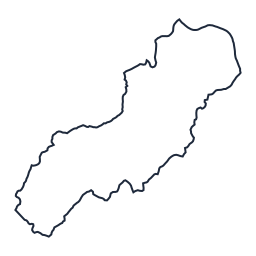 Cafelândia, São Paulo, Brazil (Robinson projection)
{"feature_id": "56859067B56481276286915", "entity_name": "Cafelândia", "entity_type": "district", "adm_level": 2, "iso_a3": "BRA", "parent_name": "Brazil", "parent_adm1": "São Paulo", "projection": "robinson", "projection_center": [-49.562, -21.732], "detail": "fine", "context": "isolated", "style": "outline", "palette": "slate", "viewbox_px": 256, "rotation_deg": 0, "n_neighbors": 0, "source": "geoboundaries", "source_scale": "gbopen_adm2", "svg_char_len": 4456}
<svg xmlns="http://www.w3.org/2000/svg" viewBox="0 0 256 256"><path d="M240.1,68.8L238.8,65.8L237.9,63.4L236.9,60.7L235.8,58.4L235.4,56.7L235.0,54.1L234.9,51.3L234.7,49.6L234.4,47.7L234.0,45.2L233.7,43.1L232.9,41.0L232.6,39.3L232.0,37.7L230.8,35.5L229.7,33.8L227.6,31.7L226.4,30.8L225.2,30.2L222.9,29.1L220.1,28.1L217.1,26.9L215.6,26.5L212.5,25.4L209.5,25.1L207.7,25.3L205.4,26.5L203.9,27.0L201.6,27.8L198.3,29.5L196.9,29.9L195.0,30.0L193.1,29.9L191.2,29.3L189.1,28.2L187.6,27.3L185.1,25.3L183.7,24.0L182.1,22.8L181.0,21.6L179.3,19.4L177.3,20.8L175.7,22.6L174.2,24.5L173.6,26.1L173.3,28.0L173.2,29.8L173.0,31.3L172.1,32.7L170.8,34.2L168.7,35.9L167.0,36.2L164.8,36.1L162.3,36.1L160.7,36.6L159.6,37.4L157.9,38.1L156.7,39.2L155.4,40.3L155.4,42.0L156.2,43.7L156.2,46.4L155.9,50.7L155.6,53.1L155.2,55.4L154.9,57.4L155.5,60.4L156.2,62.6L155.5,65.3L154.5,66.6L152.5,67.3L150.6,66.4L149.8,64.1L149.3,62.7L147.8,61.0L146.7,60.3L146.1,62.8L145.2,64.4L143.3,64.7L141.9,64.3L140.0,64.1L138.5,65.2L137.3,65.9L135.9,66.6L133.8,67.7L131.9,68.8L129.8,69.8L126.2,71.2L125.1,72.1L124.0,73.0L124.7,74.8L125.2,77.3L124.6,79.6L125.9,80.5L126.7,82.3L126.2,84.4L127.3,85.9L125.7,87.2L126.3,89.3L126.4,91.6L125.1,93.9L123.6,94.9L122.8,96.7L122.7,98.7L122.9,101.6L122.5,104.5L122.7,107.2L122.2,109.3L122.7,111.0L121.7,112.7L120.6,113.7L119.2,115.0L117.5,115.9L116.4,117.1L114.9,118.0L113.1,118.9L112.1,120.1L111.0,121.0L109.4,121.8L107.0,122.4L105.7,123.3L103.8,123.3L102.6,124.4L101.1,125.4L99.0,126.3L97.5,127.2L96.1,127.5L94.8,127.2L93.4,127.2L91.6,126.6L89.5,126.1L88.1,127.0L86.7,126.8L84.8,125.8L83.1,125.2L81.5,125.9L79.9,126.5L77.9,127.3L76.6,128.4L75.1,128.4L73.7,128.8L72.1,129.7L69.9,131.1L68.3,132.3L67.1,133.2L65.2,132.7L62.8,132.6L60.8,131.7L58.9,131.4L56.8,132.2L55.8,133.3L54.5,134.2L53.1,135.1L52.4,137.0L52.4,138.9L51.7,140.2L51.6,142.0L53.7,144.9L51.8,145.8L50.2,146.3L48.8,146.9L47.6,148.4L47.4,150.3L46.0,151.1L44.7,151.8L43.1,152.1L41.8,152.7L40.9,154.4L39.7,156.9L39.9,159.5L39.9,161.6L39.2,163.2L38.1,164.2L36.5,165.0L35.1,165.4L33.2,165.7L31.7,165.3L31.0,167.4L30.5,169.2L29.6,170.7L28.9,172.3L28.2,174.9L27.5,176.9L26.5,178.8L26.0,180.8L25.0,182.2L24.0,183.2L23.8,184.8L23.1,186.8L21.6,189.3L20.3,190.6L18.7,190.7L17.5,191.4L16.8,192.9L16.0,194.2L15.8,195.9L16.8,197.0L18.6,197.8L19.9,199.3L20.4,201.4L20.0,204.1L18.3,205.0L17.0,206.5L16.5,208.1L15.4,210.0L24.6,219.8L26.5,220.4L27.7,221.7L28.6,223.4L29.9,224.2L31.8,223.8L33.2,224.2L33.5,225.9L32.4,228.4L32.1,230.0L33.2,231.8L34.5,232.8L36.4,232.1L37.8,231.9L39.3,232.6L40.5,233.2L42.5,234.8L44.7,235.1L46.8,235.8L48.8,236.6L50.1,235.5L51.3,234.5L51.6,232.8L52.3,231.2L53.5,229.8L54.4,227.4L56.4,226.3L58.5,225.1L60.5,223.7L62.2,223.0L63.0,221.5L64.6,220.6L64.6,218.6L64.2,216.3L67.3,213.8L68.6,212.0L69.6,210.8L71.2,208.8L72.7,207.6L73.5,205.7L74.5,204.8L75.8,203.8L77.0,202.8L78.2,202.1L79.6,200.6L80.5,199.0L81.4,197.3L82.9,195.0L84.5,193.8L85.7,193.0L86.9,192.0L89.1,191.5L91.1,190.2L92.9,191.7L93.3,194.2L94.8,195.1L97.0,196.3L98.8,197.3L100.7,197.8L102.0,198.1L103.7,198.9L104.6,200.2L107.0,200.4L108.5,198.8L110.0,196.8L110.3,195.3L110.8,193.4L112.9,192.0L115.7,191.9L117.2,191.4L117.9,190.1L118.6,188.3L119.0,186.8L119.4,185.2L120.7,184.0L122.5,182.5L123.9,180.8L125.4,180.3L126.6,181.1L127.7,181.9L129.7,183.7L131.0,185.6L131.6,187.6L132.2,189.3L132.8,190.9L133.4,192.3L135.2,191.1L137.8,190.2L139.8,190.8L142.1,191.0L143.5,190.1L143.6,187.9L143.3,185.7L143.1,183.3L145.0,182.7L146.6,182.4L147.7,181.6L149.0,179.5L150.9,178.0L152.9,175.9L154.3,174.4L155.7,173.9L157.7,174.2L158.7,171.3L159.3,168.3L160.4,167.0L161.8,166.5L163.3,165.6L165.8,162.8L166.9,161.7L167.8,160.5L169.2,158.5L171.3,156.7L172.9,155.7L174.2,155.1L176.2,154.8L178.0,155.2L180.5,156.1L182.7,156.5L184.0,154.1L185.6,152.4L185.3,150.0L185.0,148.0L187.2,147.3L188.4,145.9L189.6,144.0L192.0,142.3L193.0,141.2L193.7,139.1L193.9,137.6L192.9,136.5L191.1,133.2L191.0,131.2L190.5,129.8L191.7,127.1L193.3,125.6L194.6,124.6L194.3,122.2L194.7,119.9L196.1,119.3L196.6,117.6L196.4,115.4L196.3,112.9L196.6,110.5L197.4,108.9L199.1,108.0L200.6,107.5L202.0,108.7L203.3,108.2L204.7,107.0L205.6,105.5L205.8,103.4L204.6,102.0L204.8,100.1L207.4,99.6L208.5,94.7L210.4,94.5L211.8,94.3L213.1,93.5L214.9,91.5L216.1,90.4L217.6,90.0L221.2,89.8L223.9,89.0L225.7,89.0L228.0,87.6L230.2,86.3L231.7,84.6L232.5,82.9L233.6,81.2L235.2,79.0L236.1,77.5L237.4,76.1L239.2,74.5L240.6,72.8L240.1,70.8L240.1,68.8Z" fill="none" stroke="#1e293b" stroke-width="2"/></svg>